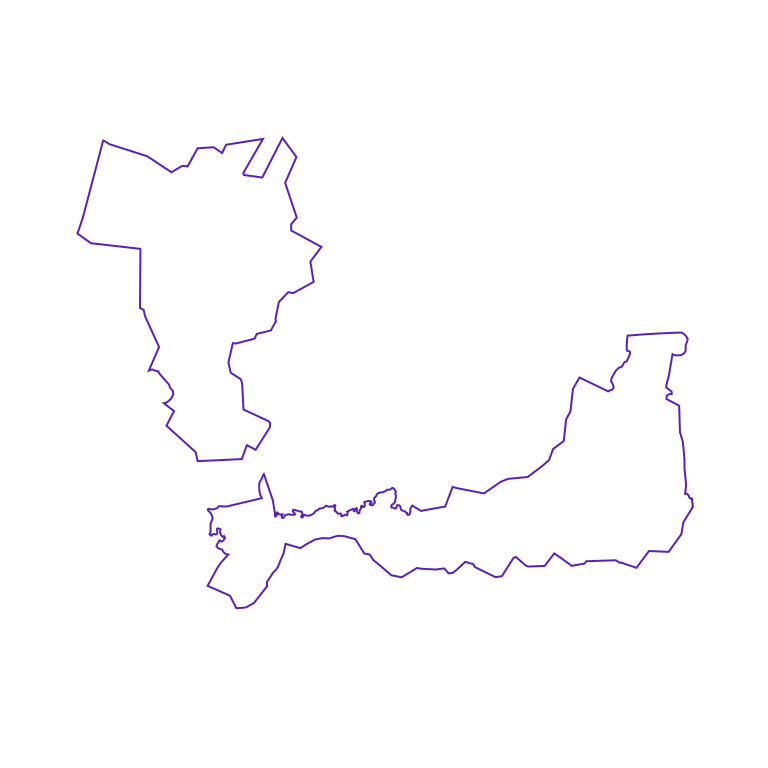 the district of Bade, Yobe, Nigeria, rotated 185°
{"feature_id": "59680162B86291828303656", "entity_name": "Bade", "entity_type": "district", "adm_level": 2, "iso_a3": "NGA", "parent_name": "Nigeria", "parent_adm1": "Yobe", "projection": "natural_earth1", "projection_center": [10.914, 12.715], "detail": "fine", "context": "isolated", "style": "outline", "palette": "violet", "viewbox_px": 768, "rotation_deg": 185, "n_neighbors": 0, "source": "geoboundaries", "source_scale": "gbopen_adm2", "svg_char_len": 6118}
<svg xmlns="http://www.w3.org/2000/svg" viewBox="0 0 768 768"><g transform="rotate(185 384 384)"><path d="M495.8,283.8L496.2,283.3L496.6,282.5L497.7,278.6L499.3,275.7L499.6,272.5L499.0,267.8L498.0,263.6L495.8,259.6L530.2,248.2L537.9,247.9L538.6,246.7L540.7,245.2L543.4,244.1L548.0,244.3L548.6,243.7L548.2,242.8L547.2,241.7L546.1,241.0L544.7,239.2L543.6,237.3L543.1,234.6L544.4,230.5L544.5,228.0L543.9,221.9L544.1,220.7L544.7,219.2L543.2,218.0L542.5,217.9L542.2,218.4L542.2,218.8L542.0,219.2L541.1,219.5L540.3,219.7L538.7,219.4L537.8,219.7L537.3,220.2L537.0,221.1L537.2,222.5L537.6,223.4L537.7,225.2L537.1,225.7L536.6,225.6L535.5,225.3L534.7,225.3L534.3,225.1L534.2,223.7L534.5,222.4L534.3,221.6L534.0,220.8L533.5,220.2L533.3,219.4L532.9,218.8L531.7,218.2L531.4,217.7L530.8,217.6L530.4,218.0L530.1,218.5L528.9,216.8L529.7,215.6L530.3,214.3L531.1,213.4L531.9,213.0L532.8,212.9L533.6,213.7L534.2,213.9L534.6,213.4L535.1,212.1L535.3,211.0L536.1,210.1L536.8,207.9L536.0,206.9L534.4,205.8L532.3,205.2L530.7,204.9L530.1,203.8L529.2,202.7L528.1,201.6L526.0,200.7L524.2,200.5L531.1,191.6L534.3,185.6L542.1,167.5L518.9,159.6L511.5,147.8L505.0,148.8L502.0,149.4L494.4,154.6L482.9,172.2L483.4,176.5L477.7,186.9L475.4,189.5L473.6,192.8L471.5,200.2L469.4,205.8L468.1,216.2L453.0,213.2L446.4,218.3L440.9,221.8L439.8,222.8L431.9,225.1L425.3,225.4L416.7,228.8L410.0,228.9L398.9,226.9L388.9,213.4L383.4,212.9L379.2,207.6L373.4,203.7L360.0,194.1L349.5,193.0L335.1,203.6L330.9,203.2L316.2,203.7L308.2,205.5L307.7,205.3L303.2,201.0L299.1,201.8L296.0,204.6L287.6,213.8L287.0,213.9L281.9,212.7L279.7,212.6L277.4,209.5L256.1,201.3L249.8,202.8L239.8,222.1L237.5,223.2L227.1,215.6L224.3,214.7L208.0,216.8L199.7,230.0L193.5,226.7L181.2,219.2L168.6,222.6L166.9,225.1L137.7,228.6L133.2,226.4L132.4,226.8L116.4,222.9L105.5,240.7L85.8,241.6L74.7,260.3L73.7,272.4L65.5,288.7L66.1,289.0L66.0,290.9L66.1,291.8L66.6,292.6L66.8,293.5L66.8,295.2L67.4,295.6L66.9,296.1L67.2,296.6L67.6,296.9L68.3,296.6L68.9,296.7L69.8,297.4L70.1,297.7L70.3,298.6L71.2,299.7L71.6,300.4L72.9,301.1L73.4,301.1L74.0,300.7L74.5,300.8L74.2,309.6L77.3,326.1L78.1,335.2L81.2,352.2L85.0,362.0L88.1,388.1L101.3,393.7L101.3,396.9L99.3,398.5L97.8,399.0L96.5,399.0L96.5,399.8L96.9,401.6L102.6,405.2L102.6,407.4L102.1,410.9L101.3,414.8L100.9,417.7L99.2,438.9L97.2,438.1L95.5,438.0L90.6,438.6L87.7,440.8L86.5,442.7L86.6,446.2L86.9,448.8L85.9,452.2L85.3,455.3L86.9,457.5L89.3,459.9L92.3,461.2L114.6,458.3L133.2,455.5L145.5,453.4L145.8,449.2L145.5,446.8L145.6,443.2L145.0,438.5L144.1,438.1L142.2,437.9L141.6,436.9L141.7,435.0L143.0,431.0L144.3,427.5L145.6,427.2L146.7,426.2L147.8,423.4L149.2,421.5L151.4,420.7L154.2,417.5L157.5,410.4L158.1,407.9L158.0,406.4L156.9,405.1L155.8,403.1L154.8,400.6L156.0,398.4L158.4,397.3L160.0,396.2L189.8,407.5L195.3,395.7L195.9,373.0L199.5,364.4L199.9,343.5L200.1,342.7L209.9,334.0L212.9,322.7L218.5,316.8L232.7,303.9L252.2,300.3L259.3,296.7L274.9,283.7L301.9,286.6L306.7,287.4L312.4,267.1L316.9,266.1L336.1,260.8L345.3,265.4L346.1,263.9L346.7,262.5L347.0,261.4L346.6,259.6L347.0,256.7L347.5,256.0L348.3,255.7L349.5,256.0L349.7,256.7L349.7,257.5L350.3,257.8L353.1,259.2L355.6,259.8L356.5,261.2L356.8,262.4L357.3,263.8L358.4,264.5L360.3,264.4L360.8,262.5L361.0,261.4L362.0,260.8L364.3,261.7L365.4,261.5L366.0,262.1L366.2,263.1L365.8,264.2L363.9,265.8L363.1,266.8L362.8,267.9L362.2,273.7L362.9,274.8L363.3,276.0L362.8,277.2L363.4,278.8L364.6,280.1L365.9,281.1L366.8,281.2L367.5,280.3L368.4,279.5L369.9,279.1L371.4,279.0L373.3,277.4L375.8,275.9L377.8,275.9L378.9,275.2L380.6,274.6L381.5,273.4L381.9,271.8L382.8,270.9L383.7,269.7L383.9,268.2L383.6,266.9L383.0,266.1L382.7,265.3L383.0,264.5L384.0,263.5L384.9,262.1L386.7,262.2L387.7,262.8L387.7,263.8L386.6,264.0L386.1,264.7L386.4,265.7L387.2,266.1L389.4,266.1L393.3,264.7L393.1,263.7L392.7,262.9L392.6,261.4L392.9,260.0L393.8,259.5L394.7,259.7L395.0,260.6L395.8,260.6L396.2,260.1L396.1,259.1L396.3,257.5L397.1,256.3L397.3,254.7L397.3,253.2L397.9,252.9L398.8,253.1L399.3,253.7L399.8,254.8L400.1,256.1L400.2,257.7L400.8,258.0L401.4,257.1L401.8,255.8L402.3,254.7L403.1,254.8L403.3,256.7L404.1,257.0L407.1,255.1L409.5,253.7L409.0,253.1L409.0,252.0L409.2,250.1L411.3,250.4L413.4,249.0L414.9,248.7L415.1,249.4L415.1,250.4L415.7,251.1L417.2,251.1L418.2,250.7L419.0,251.0L420.3,252.6L421.3,252.8L422.2,253.5L421.7,254.3L421.9,255.2L422.2,256.1L422.2,257.4L421.9,258.7L422.9,259.2L424.3,257.2L425.4,257.3L426.1,257.7L427.1,257.0L428.9,256.9L429.7,257.5L430.8,257.7L431.8,257.3L432.4,256.4L434.2,255.1L435.7,254.5L437.3,254.5L438.9,252.7L440.9,251.7L442.3,249.6L443.5,248.3L446.4,246.5L448.9,246.1L450.8,246.4L452.0,246.8L452.4,246.0L453.0,245.3L453.5,244.1L454.5,243.9L454.9,244.6L454.6,245.5L454.2,246.2L454.0,247.1L454.4,249.2L455.3,249.7L457.7,249.8L459.9,250.4L463.4,250.8L463.7,249.9L463.7,249.1L462.1,247.7L461.2,246.7L461.6,246.0L462.9,245.8L465.6,245.7L467.5,245.9L471.0,244.9L471.3,244.1L471.8,243.3L472.3,242.1L473.2,241.7L474.1,242.0L474.3,243.0L474.0,244.2L473.8,245.4L474.5,245.3L475.4,244.7L476.5,245.0L477.7,245.3L478.6,246.3L479.4,246.7L479.7,246.2L479.3,245.4L479.6,243.1L480.6,242.5L481.2,243.4L481.3,245.0L481.6,246.4L484.7,258.9L485.2,259.8L495.8,283.8ZM639.6,590.2L678.4,599.0L683.9,601.8L685.0,602.1L698.5,523.4L702.5,507.1L688.1,498.7L638.8,497.4L638.4,497.1L633.7,438.4L629.8,436.8L628.0,430.8L611.3,401.2L619.4,376.9L616.3,378.3L612.6,377.2L609.8,376.9L609.2,375.3L603.3,369.6L598.1,364.7L596.8,361.7L593.6,358.6L593.0,355.2L595.1,350.4L598.7,346.8L601.7,345.7L590.8,338.7L597.1,323.5L565.7,299.7L562.9,290.9L519.1,296.8L515.3,311.1L506.1,307.3L494.0,330.7L493.9,334.8L495.5,336.8L521.7,346.3L525.4,372.2L527.0,376.2L537.7,381.9L540.8,391.7L540.6,393.9L538.1,411.5L534.8,411.5L516.9,417.9L515.1,422.8L501.4,427.5L497.1,437.2L497.8,438.9L495.9,456.5L487.4,467.1L482.4,466.6L463.0,479.6L468.0,499.5L458.3,515.1L489.8,528.8L490.4,535.1L485.4,542.2L500.0,575.7L491.0,602.5L506.6,620.2L523.2,579.1L541.7,580.0L542.6,581.8L525.9,617.6L562.1,608.6L565.4,600.0L574.3,605.0L590.2,602.6L598.6,583.6L602.0,583.8L604.5,583.4L614.2,576.4L639.6,590.2Z" fill="none" stroke="#5b21b6" stroke-width="2"/></g></svg>